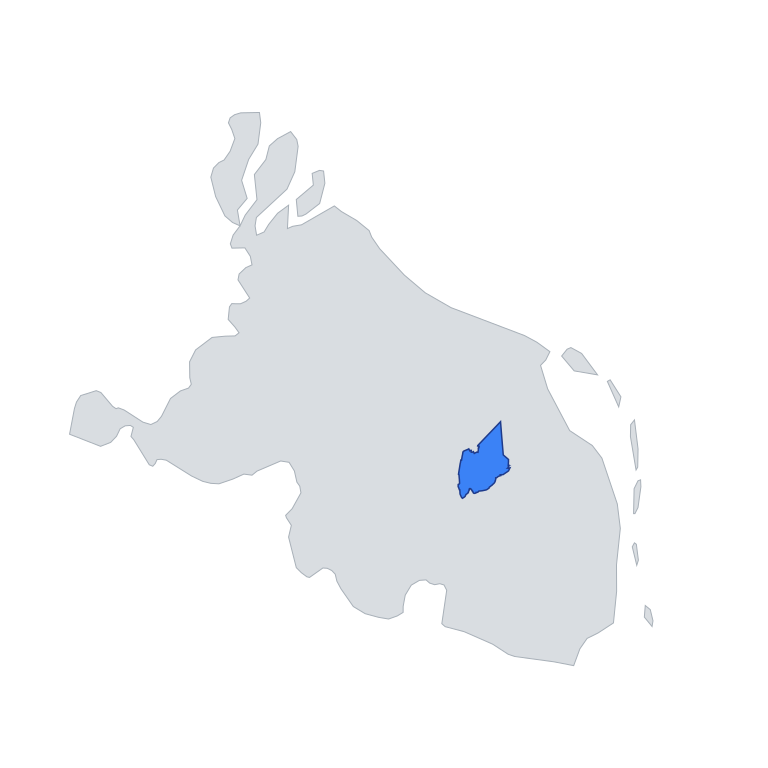 location of Noordoostpolder, Flevoland, Netherlands, rotated 99°
{"feature_id": "6326949B24285536392101", "entity_name": "Noordoostpolder", "entity_type": "district", "adm_level": 2, "iso_a3": "NLD", "parent_name": "Netherlands", "parent_adm1": "Flevoland", "projection": "albers", "projection_center": [5.775, 52.726], "detail": "fine", "context": "in_parent", "style": "filled", "palette": "blue", "viewbox_px": 768, "rotation_deg": 99, "n_neighbors": 0, "source": "geoboundaries", "source_scale": "gbopen_adm2", "svg_char_len": 5802}
<svg xmlns="http://www.w3.org/2000/svg" viewBox="0 0 768 768"><g transform="rotate(99 384 384)"><path d="M482.8,686.7L469.3,686.3L456.6,685.9L449.9,684.9L442.8,681.7L439.6,675.1L435.6,667.2L436.7,662.3L448.5,648.6L450.3,644.8L449.1,642.7L450.3,636.7L459.4,616.1L460.5,607.9L456.5,602.1L450.7,598.7L431.7,592.6L422.7,584.0L418.6,576.4L414.4,574.3L408.2,576.8L392.5,579.5L379.8,575.4L364.9,561.1L361.6,548.3L359.8,538.6L356.1,535.2L351.1,540.1L344.6,548.0L332.0,548.7L328.4,546.9L327.9,542.5L327.2,538.3L323.8,533.1L320.1,530.1L304.0,544.5L298.0,544.3L290.6,538.6L287.0,533.0L278.8,536.0L271.3,542.7L273.6,555.4L269.6,557.7L260.5,556.3L250.3,550.9L238.9,547.5L221.8,538.3L197.4,544.8L180.8,535.8L166.8,534.5L158.3,527.5L149.3,515.7L156.2,508.4L162.7,506.0L188.3,505.3L206.7,510.3L239.5,536.1L248.0,536.1L257.0,533.1L252.6,526.2L244.3,522.8L232.0,515.8L222.3,506.2L245.6,503.7L242.5,498.8L239.7,490.4L215.9,460.9L220.3,453.1L226.8,436.5L234.8,422.7L240.9,419.1L251.1,409.4L273.3,380.9L287.5,357.5L298.1,329.7L314.2,252.7L318.8,239.6L326.1,225.2L335.0,228.0L341.1,232.3L363.2,221.6L401.0,193.3L412.2,168.6L423.1,157.2L466.0,134.8L489.7,128.0L526.1,126.1L552.5,121.8L584.1,120.0L596.4,133.6L603.5,143.6L614.9,149.1L632.5,152.6L631.8,172.6L632.7,212.1L631.5,219.1L624.0,235.9L616.1,266.0L614.1,285.6L611.7,289.4L577.9,289.8L573.1,293.3L572.5,297.6L574.3,302.6L573.5,307.7L570.9,311.8L572.4,318.3L578.4,325.6L589.2,330.0L600.7,330.3L606.6,329.4L611.0,334.6L615.4,342.7L615.3,352.9L613.8,366.7L608.6,379.5L593.1,394.4L586.1,399.7L579.5,402.4L576.4,406.4L574.9,411.3L575.3,415.6L586.7,427.3L586.5,430.0L583.3,436.1L579.1,441.9L550.1,454.3L538.1,453.4L531.3,459.5L529.1,460.6L521.5,455.2L504.5,449.0L498.1,451.2L494.5,454.7L483.9,458.9L476.2,465.5L476.2,474.0L489.9,495.8L494.7,500.1L494.9,508.3L501.6,518.5L508.4,531.4L509.2,539.5L508.5,547.8L505.0,559.6L493.3,587.1L493.2,592.4L494.2,596.4L498.3,597.5L501.4,599.5L500.5,603.2L478.2,622.4L475.4,625.7L466.0,624.8L464.6,628.0L465.8,633.1L469.5,637.6L477.5,640.0L484.4,644.8L489.9,654.2L482.8,686.7ZM250.3,550.9L248.2,558.8L242.9,567.4L225.2,579.6L206.8,587.4L197.4,586.2L191.1,581.7L187.8,577.0L178.2,572.4L164.9,569.7L156.4,574.2L150.4,578.5L145.2,577.6L141.4,573.7L138.6,567.9L135.3,549.5L145.3,546.6L166.8,546.0L183.3,552.8L205.1,556.5L222.1,548.2L235.1,556.0L250.3,550.9ZM215.8,475.8L228.3,487.6L230.9,491.3L231.8,495.3L215.5,499.5L198.6,484.9L187.2,487.9L183.1,481.1L183.1,477.0L195.0,473.8L215.8,475.8ZM341.3,198.2L328.6,212.9L321.0,208.6L318.8,205.1L322.9,193.6L341.6,174.5L341.3,198.2ZM397.3,132.4L385.6,134.0L380.3,131.0L408.5,122.9L426.4,120.4L429.5,121.6L397.3,132.4ZM473.0,117.2L448.3,120.6L439.9,118.0L438.5,115.6L445.3,114.2L466.3,113.8L472.8,115.9L473.0,117.2ZM369.9,148.6L346.5,163.8L344.5,161.3L359.6,148.0L369.9,148.6ZM573.5,90.4L561.9,91.3L565.2,85.7L575.8,81.3L581.6,81.3L573.5,90.4ZM523.5,106.0L506.0,113.3L501.7,111.8L502.8,109.7L518.2,105.2L523.5,106.0Z" fill="#d9dde1" stroke="#a8b0b8" stroke-width="1"/><path d="M479.9,291.9L480.9,291.6L482.2,290.8L483.7,289.8L484.0,289.5L484.6,288.7L484.4,288.5L484.3,288.2L483.8,287.8L483.2,287.0L482.3,286.3L480.5,285.8L480.3,285.8L480.1,285.6L480.0,285.4L479.9,285.3L479.8,285.2L479.7,285.1L479.4,284.8L479.1,284.6L478.6,284.1L478.2,284.0L478.1,283.8L477.9,283.9L477.6,283.9L477.5,283.7L477.0,283.6L476.5,283.6L475.4,283.2L474.9,283.0L474.7,283.0L474.6,283.4L474.1,283.3L473.9,283.0L473.8,282.8L473.8,282.4L473.9,281.9L474.7,281.2L475.4,280.5L475.3,280.4L475.6,280.1L475.9,279.8L476.1,280.0L476.3,279.9L477.1,278.9L477.5,278.8L477.9,278.1L477.8,277.2L477.1,276.0L476.6,276.0L476.6,275.3L476.1,274.3L475.0,273.6L474.9,273.4L474.8,273.1L474.5,271.9L474.1,270.4L473.4,268.5L472.9,267.2L472.4,266.1L471.4,265.0L470.3,263.9L469.6,263.9L469.1,263.6L468.8,263.1L467.7,262.2L467.3,261.8L467.0,261.4L466.4,261.1L465.6,260.4L464.5,259.6L463.5,259.2L463.1,259.0L462.4,259.1L462.2,259.0L462.1,258.9L461.6,258.9L461.4,258.8L460.4,258.8L459.2,259.0L459.1,258.5L459.2,258.4L459.0,258.1L457.6,256.9L457.3,256.4L456.7,255.5L456.2,254.4L455.5,255.0L455.4,254.8L455.3,254.4L455.1,253.4L455.0,252.7L454.8,252.1L454.4,251.7L453.8,251.1L452.9,250.1L452.2,249.4L451.8,248.9L451.0,248.1L450.3,247.4L449.5,247.2L447.9,246.7L447.2,246.5L447.3,246.7L447.3,246.8L447.3,247.0L447.4,247.4L447.5,247.9L447.6,248.0L447.7,248.3L447.7,248.5L447.8,248.5L447.8,248.8L447.7,248.7L447.4,248.4L447.2,248.3L447.1,248.2L446.9,248.2L446.7,248.1L446.4,248.0L446.2,248.0L446.0,247.9L445.8,247.8L445.7,247.8L445.7,248.2L445.6,248.3L445.4,248.4L445.4,248.5L444.7,248.5L444.6,248.2L444.5,248.6L442.4,248.8L441.2,248.9L440.3,249.1L439.1,249.2L438.7,249.8L436.3,253.7L435.4,255.1L433.4,255.6L420.8,258.7L418.4,259.3L403.0,263.0L416.4,272.3L418.4,273.7L430.1,281.8L430.6,281.8L430.6,281.4L430.6,280.6L430.6,280.3L431.9,280.3L431.9,280.5L432.0,280.5L432.3,280.6L432.6,280.9L432.8,280.8L432.8,280.7L433.4,280.6L434.0,280.6L434.5,280.5L435.2,280.5L435.8,280.5L436.4,280.5L436.8,280.5L436.8,281.0L436.7,281.2L436.7,281.3L436.7,281.6L437.0,282.0L437.5,282.7L438.3,283.9L438.4,284.0L436.8,285.1L437.6,286.2L437.7,286.4L437.7,286.5L437.6,287.3L437.1,287.4L435.9,287.4L435.9,287.7L435.9,287.8L436.0,287.9L436.0,288.0L436.3,288.4L436.6,288.9L435.2,289.8L434.8,290.1L435.1,290.4L435.5,291.1L435.9,291.7L436.7,293.0L437.5,294.3L437.6,294.5L437.8,294.7L437.9,294.8L438.0,294.9L438.1,295.0L438.3,295.1L438.5,295.2L438.6,295.3L438.8,295.3L439.0,295.4L439.3,295.4L439.5,295.4L442.0,295.4L442.7,295.5L443.5,295.5L444.3,295.5L447.1,295.5L447.1,296.2L449.4,296.2L450.8,296.3L452.6,296.3L454.0,296.3L458.3,296.3L461.6,296.3L462.0,295.7L464.2,295.2L465.4,294.9L466.6,294.6L468.5,294.2L470.3,293.8L471.0,294.1L471.6,295.0L472.4,294.9L473.8,294.7L474.8,294.0L476.7,293.0L476.7,292.6L478.7,292.1L479.9,291.9Z" fill="#3b82f6" stroke="#1e3a8a" stroke-width="1.5"/></g></svg>